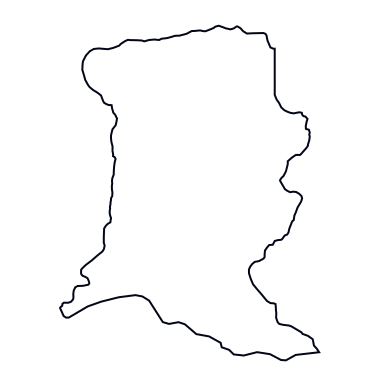 Banyas, Tartus, Syria (Albers equal-area conic projection), rotated 271°
{"feature_id": "27442178B62310236233952", "entity_name": "Banyas", "entity_type": "district", "adm_level": 2, "iso_a3": "SYR", "parent_name": "Syria", "parent_adm1": "Tartus", "projection": "albers", "projection_center": [36.094, 35.15], "detail": "fine", "context": "isolated", "style": "outline", "palette": "ink", "viewbox_px": 384, "rotation_deg": 271, "n_neighbors": 0, "source": "geoboundaries", "source_scale": "gbopen_adm2", "svg_char_len": 3674}
<svg xmlns="http://www.w3.org/2000/svg" viewBox="0 0 384 384"><g transform="rotate(271 192 192)"><path d="M317.9,80.4L312.3,80.2L308.6,81.4L302.0,83.4L297.5,86.0L295.2,87.7L292.4,91.1L289.4,96.1L286.9,99.4L283.2,100.8L279.9,102.3L278.5,104.6L277.6,106.9L277.4,110.1L273.9,110.7L271.9,111.4L270.0,111.9L267.7,114.0L266.1,114.7L264.4,115.7L261.0,115.3L257.4,114.5L253.3,111.4L249.4,110.5L246.8,110.0L244.3,110.1L240.8,110.5L236.5,111.7L234.7,111.8L231.5,111.8L228.5,112.5L226.5,112.4L225.5,114.1L223.7,115.0L220.5,114.2L216.3,113.7L212.9,113.5L207.9,113.4L204.4,112.1L201.7,111.8L199.1,112.1L196.9,111.8L194.8,111.8L192.4,112.0L190.6,112.4L188.1,112.4L186.6,112.3L184.1,111.1L182.9,111.2L180.7,110.8L177.9,110.6L175.4,110.2L174.2,110.4L171.2,110.0L168.5,110.2L167.0,110.6L164.4,111.5L162.7,111.2L161.2,111.0L160.2,110.9L159.3,109.3L158.5,108.1L156.5,106.3L154.0,104.8L150.6,104.7L145.3,104.6L139.7,104.7L136.9,105.6L133.4,104.9L131.0,103.5L127.0,98.7L121.8,92.9L117.2,87.1L114.5,84.3L112.4,82.5L110.3,82.5L108.8,82.5L107.6,82.9L106.3,84.2L105.8,85.4L105.3,86.8L104.0,89.0L102.0,90.0L100.0,90.7L98.7,90.9L97.5,89.9L96.3,84.7L96.0,79.3L94.7,77.0L91.5,75.5L88.1,75.1L84.6,75.3L82.6,75.0L80.1,72.9L79.1,70.2L79.1,69.8L79.1,65.9L77.9,64.4L75.9,64.2L74.7,62.7L73.7,62.1L65.8,65.8L64.2,68.3L64.3,71.0L75.8,89.8L80.8,103.2L85.5,120.7L87.9,137.3L86.7,144.2L82.7,151.0L61.4,165.1L59.7,171.3L61.6,180.8L59.6,187.2L50.0,198.8L47.9,211.6L41.7,223.3L37.3,224.4L34.8,231.9L34.2,232.5L30.3,236.6L29.8,242.7L29.4,246.5L33.0,259.9L31.2,272.9L25.6,283.9L25.3,288.8L30.9,298.5L34.0,321.9L37.5,319.5L40.6,316.6L46.9,315.3L50.2,310.4L52.1,304.9L53.5,304.0L59.3,293.9L60.2,291.2L60.8,285.2L61.7,281.4L63.6,279.8L67.7,278.3L72.6,278.4L75.1,278.0L78.3,277.8L81.4,277.5L82.1,275.6L82.3,272.4L84.4,268.8L90.1,264.0L96.6,258.2L100.7,254.7L103.8,253.3L106.6,252.1L111.7,250.4L115.4,250.3L118.0,251.3L118.3,251.5L121.0,253.4L123.2,255.9L124.1,260.2L126.5,264.5L128.0,265.7L131.0,265.7L134.8,266.0L138.1,268.2L140.3,270.1L140.7,273.7L144.5,275.6L145.4,278.7L145.8,282.1L146.9,283.3L149.1,284.7L150.2,285.6L151.1,287.9L153.3,289.2L157.2,290.0L162.8,292.1L164.3,292.6L165.7,294.2L165.8,294.2L170.2,294.8L173.6,296.2L178.3,297.8L184.2,301.2L187.4,302.2L189.7,301.6L190.3,301.1L192.0,299.3L193.8,296.2L194.1,293.1L193.5,290.1L194.9,287.2L196.4,284.9L198.8,283.5L204.5,280.0L205.4,279.8L207.6,281.2L209.7,283.3L214.4,285.6L218.7,286.6L219.0,286.7L221.9,287.3L222.0,287.3L224.4,287.2L228.3,291.5L230.9,295.2L230.9,299.2L231.8,300.3L237.9,305.5L240.2,307.1L241.5,307.1L245.5,308.3L249.9,308.8L251.2,308.2L253.4,308.7L256.3,307.8L257.1,304.8L260.0,304.6L264.3,305.4L267.1,306.2L269.4,304.1L269.7,302.5L270.4,301.4L271.6,300.7L273.1,300.4L273.6,298.2L273.3,296.4L272.4,292.4L272.8,289.2L274.0,285.8L275.4,282.9L278.1,279.8L282.7,277.4L285.9,275.0L290.6,273.0L298.5,272.9L308.7,272.7L320.3,272.5L336.7,272.2L336.6,271.2L337.9,267.9L341.3,266.4L344.4,265.0L347.8,264.1L349.6,263.9L351.4,262.7L352.2,260.6L351.8,250.5L351.4,244.1L353.2,241.1L353.5,240.5L356.6,237.6L358.3,234.7L358.2,233.5L356.2,230.7L355.3,227.5L356.3,222.7L357.4,219.8L358.7,215.8L357.7,212.4L356.3,210.7L355.7,209.2L355.1,208.0L355.0,207.6L353.0,202.8L353.0,200.7L353.7,197.2L353.2,193.0L353.1,192.0L353.0,190.2L352.9,188.9L351.0,185.4L350.3,184.3L349.7,182.5L348.1,176.7L347.9,172.5L347.3,170.4L346.6,168.5L345.4,164.1L344.7,158.8L343.4,156.5L343.8,151.8L343.2,146.3L341.8,141.6L342.6,139.2L342.8,134.0L342.8,131.8L342.8,131.6L342.8,127.8L343.0,125.3L341.9,122.8L338.9,118.3L337.5,117.0L337.0,116.5L334.7,110.7L333.3,105.5L333.9,96.3L333.3,91.3L330.9,87.3L326.7,83.6L320.8,80.7L317.9,80.4Z" fill="none" stroke="#020617" stroke-width="2"/></g></svg>